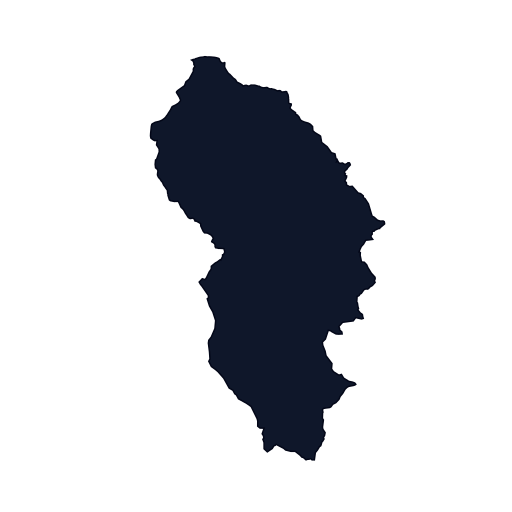 the district of Almasu Mare, Alba, Romania, rotated 217°
{"feature_id": "2599482B35416338198834", "entity_name": "Almasu Mare", "entity_type": "district", "adm_level": 2, "iso_a3": "ROU", "parent_name": "Romania", "parent_adm1": "Alba", "projection": "equal_earth", "projection_center": [23.16, 46.088], "detail": "fine", "context": "isolated", "style": "filled", "palette": "ink", "viewbox_px": 512, "rotation_deg": 217, "n_neighbors": 0, "source": "geoboundaries", "source_scale": "gbopen_adm2", "svg_char_len": 6146}
<svg xmlns="http://www.w3.org/2000/svg" viewBox="0 0 512 512"><g transform="rotate(217 256 256)"><path d="M169.3,132.9L157.2,126.8L155.3,125.3L152.2,121.1L149.3,121.0L145.9,123.4L144.0,117.7L141.8,116.9L140.2,115.3L140.2,113.8L137.3,111.9L133.5,106.9L129.1,106.4L127.2,112.0L127.5,115.2L126.7,116.4L126.6,117.7L118.1,119.1L115.6,118.9L110.6,121.0L107.2,123.6L101.1,123.5L98.1,123.0L97.0,123.6L93.4,123.3L92.5,124.7L91.3,125.7L90.6,126.8L89.9,127.0L88.6,126.9L87.6,127.7L86.7,128.3L90.3,134.7L90.2,138.1L90.6,141.9L90.1,143.5L91.0,145.9L91.5,146.7L91.3,147.9L91.6,150.8L93.0,151.6L93.2,153.8L94.5,156.5L98.4,157.9L99.9,159.3L103.5,165.6L105.3,166.3L108.3,170.6L108.5,171.5L110.5,173.3L110.4,174.9L108.8,176.6L106.0,179.3L105.4,180.7L105.5,183.8L104.0,186.9L103.5,191.5L104.3,194.4L104.1,198.3L104.7,203.2L104.3,205.8L103.5,207.7L100.4,211.1L99.4,212.5L99.1,213.6L100.7,214.0L102.9,213.4L106.5,211.7L112.6,211.2L116.5,212.8L118.1,210.7L124.5,210.2L127.7,211.2L130.6,215.8L140.1,218.5L143.6,221.6L149.0,224.9L151.2,227.2L150.6,231.4L153.6,240.2L151.4,241.2L150.0,241.2L145.2,241.9L142.9,243.4L140.3,245.6L141.7,247.0L143.7,247.2L144.8,247.4L145.6,248.4L147.4,249.5L146.9,255.2L139.3,262.7L139.3,266.8L133.8,269.3L132.8,270.7L134.8,272.2L135.4,273.0L136.6,273.4L138.3,273.2L142.5,274.3L142.4,275.6L144.3,277.1L146.7,279.5L147.8,279.8L151.0,284.7L150.5,285.1L149.9,286.4L150.0,288.4L149.4,289.5L149.5,293.2L149.4,294.5L148.4,295.8L146.8,296.9L146.4,298.8L146.5,299.5L145.3,302.5L145.0,306.6L146.5,307.4L147.1,309.5L148.2,310.7L153.6,311.7L159.7,314.1L162.3,315.6L165.8,316.2L167.8,314.9L168.9,315.4L173.2,319.2L174.7,321.5L175.3,321.5L176.1,321.2L176.9,323.7L177.6,326.9L177.3,330.2L177.8,334.2L177.7,334.8L175.5,336.8L172.8,339.5L175.6,340.4L176.5,341.9L176.3,343.3L177.8,345.2L177.8,345.7L176.6,346.9L176.6,348.1L174.9,351.3L173.8,352.4L174.0,353.0L172.6,358.9L172.9,359.4L174.3,360.6L175.5,360.5L177.7,358.7L180.5,357.7L184.9,358.1L187.2,357.7L189.1,359.0L197.6,365.3L203.4,367.4L205.5,367.3L206.5,368.6L210.0,368.8L212.4,367.8L221.1,369.6L223.0,367.7L226.5,367.2L228.0,369.0L230.2,369.3L231.0,373.2L231.8,374.5L233.4,373.8L233.8,374.3L234.1,375.5L235.1,375.5L235.6,376.1L236.2,377.0L235.6,380.6L235.9,381.5L235.5,385.5L236.6,386.3L237.5,386.6L238.7,385.8L238.7,385.1L240.0,382.6L242.9,382.3L244.7,380.5L246.0,380.3L247.6,381.0L248.3,379.9L248.6,381.5L249.8,382.1L250.3,381.5L254.4,385.1L257.1,384.2L257.7,383.8L264.9,386.1L271.9,386.2L276.5,390.5L277.3,390.6L283.4,390.0L286.0,390.3L288.8,393.5L289.7,393.6L291.5,393.9L292.2,393.9L294.2,393.6L297.8,392.2L299.3,391.8L300.1,391.6L301.5,391.4L302.7,391.6L303.8,392.1L305.3,392.9L306.0,393.1L306.4,393.1L307.3,393.4L307.8,393.5L308.2,393.3L309.6,393.1L309.9,393.4L310.6,394.2L311.4,394.3L311.9,394.1L312.4,394.2L313.6,394.2L315.3,394.1L316.3,394.2L317.4,394.4L317.9,394.8L318.1,395.2L318.4,396.1L318.6,397.5L319.3,398.6L320.1,398.3L321.2,397.8L321.8,397.8L322.1,398.0L323.3,399.5L324.1,400.6L325.0,401.4L325.5,402.2L327.4,404.0L328.5,404.6L329.2,404.8L330.1,405.5L330.4,405.6L330.8,405.5L331.3,405.2L332.3,404.0L333.1,403.4L334.0,402.5L334.4,402.4L335.4,402.6L335.9,402.6L336.3,402.5L337.1,402.0L337.9,401.0L338.4,400.8L339.8,400.4L341.2,400.2L342.5,399.6L343.0,399.3L344.1,399.0L344.4,398.8L345.1,398.1L345.6,397.8L346.9,397.4L348.4,397.3L348.9,397.0L349.2,396.8L349.9,396.0L351.4,394.7L352.0,394.4L353.8,393.7L355.5,393.5L355.5,393.3L359.1,392.0L359.9,391.6L362.8,389.5L363.0,389.2L363.5,388.0L363.8,387.6L364.1,387.4L364.7,387.0L366.3,386.6L367.2,385.9L368.8,383.9L370.2,384.3L372.3,384.1L374.0,383.8L375.2,383.5L376.1,383.5L377.1,383.8L377.5,384.1L378.1,384.3L379.1,384.5L380.8,384.4L381.8,384.5L386.4,385.3L387.4,385.2L388.1,385.3L389.7,385.8L392.5,386.9L393.7,387.4L394.6,388.0L395.0,388.3L395.3,388.7L396.9,391.2L397.3,391.6L397.6,391.5L398.2,390.4L398.9,389.9L400.1,389.7L400.9,389.7L402.3,390.2L404.3,391.4L404.9,391.3L406.8,390.6L408.5,389.8L411.9,387.7L414.0,386.2L414.5,385.7L416.7,384.5L417.2,384.0L417.6,383.4L418.5,382.5L419.8,381.4L420.6,380.5L422.4,377.9L422.7,377.6L423.0,377.1L423.2,376.5L423.6,375.9L424.4,375.2L425.3,373.8L423.8,373.9L421.7,372.8L421.2,371.8L419.7,371.0L418.6,370.2L418.9,369.4L418.9,369.0L418.8,368.3L418.5,367.5L418.0,366.8L417.2,366.0L415.8,357.0L416.8,353.0L415.6,349.0L418.0,341.3L418.3,339.5L417.9,338.7L413.0,336.8L410.2,335.2L409.7,334.2L409.9,331.4L411.1,328.2L412.8,325.0L412.8,324.2L412.2,321.3L411.9,316.9L411.7,315.6L411.8,314.3L411.7,312.7L411.9,311.0L412.7,308.3L413.5,306.7L414.5,305.1L417.0,302.1L418.4,299.0L418.4,298.4L417.7,296.7L414.0,290.6L412.5,288.4L410.9,286.9L407.8,286.9L406.3,287.2L404.4,288.7L402.3,284.9L397.9,283.3L395.9,280.9L393.6,273.5L394.0,272.2L391.7,268.5L389.3,266.0L387.2,265.9L385.6,265.1L383.9,262.0L383.3,261.3L381.8,260.4L380.7,260.0L378.9,259.7L376.5,258.8L375.1,258.6L372.5,257.1L370.3,256.5L368.7,255.9L366.6,255.3L366.0,254.8L364.2,252.8L363.2,252.2L362.8,251.5L358.9,248.7L357.6,248.7L354.1,250.4L350.9,252.9L348.6,251.7L345.2,249.8L344.6,249.7L343.7,249.7L341.9,249.4L340.3,248.8L338.0,247.7L335.6,246.9L333.6,246.1L332.9,246.0L331.4,246.2L330.7,246.6L329.8,247.8L329.4,248.1L328.3,248.3L326.9,248.2L326.6,247.7L326.4,247.7L325.7,247.2L324.7,247.9L321.5,248.4L319.7,248.5L318.1,246.7L313.1,244.0L311.1,243.5L308.6,245.1L304.9,245.7L302.8,245.4L300.8,244.5L300.8,244.2L300.5,244.0L300.5,242.8L300.2,241.3L300.1,240.9L299.8,240.7L297.9,241.0L296.2,240.8L295.4,240.2L294.9,239.7L294.6,239.2L294.2,238.8L293.2,238.3L291.3,239.3L290.8,239.4L288.6,241.0L286.1,242.6L283.9,240.9L283.2,240.0L282.8,237.7L283.4,236.8L282.5,235.6L282.3,235.1L281.6,231.5L282.4,231.4L282.6,230.7L283.3,228.1L284.2,226.2L284.5,225.2L285.5,220.9L284.3,219.3L283.8,218.1L283.8,215.3L282.5,209.0L282.4,207.2L282.7,206.4L285.2,205.5L285.5,202.5L285.7,201.4L285.7,201.0L283.1,199.9L281.3,199.5L270.4,195.9L268.8,194.2L269.2,192.5L263.0,188.1L256.8,185.4L249.4,180.2L245.1,173.3L242.9,164.3L243.0,160.3L241.6,157.8L235.4,151.4L230.8,146.1L230.3,143.5L225.1,140.9L220.6,141.0L216.8,140.8L208.2,139.0L197.9,134.4L193.6,134.9L190.0,133.2L188.1,133.3L184.0,131.4L175.1,132.7L169.3,132.9Z" fill="#0f172a" stroke="#020617" stroke-width="1.5"/></g></svg>